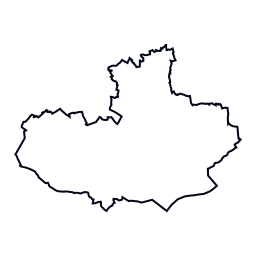 Nnewi South, Anambra, Nigeria
{"feature_id": "59680162B31350853830247", "entity_name": "Nnewi South", "entity_type": "district", "adm_level": 2, "iso_a3": "NGA", "parent_name": "Nigeria", "parent_adm1": "Anambra", "projection": "orthographic", "projection_center": [6.97, 5.966], "detail": "fine", "context": "isolated", "style": "outline", "palette": "ink", "viewbox_px": 256, "rotation_deg": 0, "n_neighbors": 0, "source": "geoboundaries", "source_scale": "gbopen_adm2", "svg_char_len": 5796}
<svg xmlns="http://www.w3.org/2000/svg" viewBox="0 0 256 256"><path d="M108.4,67.6L108.5,68.5L108.2,69.7L111.7,70.6L111.6,70.9L111.0,71.2L109.9,71.6L110.6,72.6L110.8,73.7L112.7,76.0L110.9,76.9L111.7,77.6L112.1,79.1L111.9,79.3L113.1,80.5L115.6,81.4L116.0,81.6L116.5,82.3L116.9,82.6L116.9,83.1L117.0,83.8L116.9,85.0L117.6,85.1L117.5,85.7L117.3,86.3L116.4,89.7L118.5,90.5L118.2,92.6L117.6,94.0L117.6,94.9L117.8,95.5L117.9,96.8L117.8,97.0L117.2,96.5L116.5,97.1L115.9,97.2L114.9,98.0L112.2,97.0L111.4,96.8L110.9,96.8L111.3,98.6L111.4,100.2L111.4,101.2L111.1,102.7L111.4,104.2L111.4,104.9L111.0,105.4L110.2,107.1L109.8,109.1L110.0,109.7L113.3,111.2L115.7,112.5L120.7,115.7L121.6,116.5L118.7,121.9L117.4,124.0L116.1,123.2L114.7,121.7L111.4,117.1L110.1,117.4L107.7,117.2L107.9,118.3L107.8,118.9L107.3,119.7L107.1,119.6L106.8,119.8L105.2,120.0L103.9,119.9L102.6,119.4L102.1,119.4L101.6,118.8L101.4,118.4L101.3,117.9L100.9,117.9L100.7,117.8L100.4,117.3L99.7,116.9L97.6,119.9L96.5,121.3L96.3,121.9L94.4,122.6L87.2,125.2L87.0,124.9L86.2,124.8L85.8,124.5L85.8,124.0L86.6,123.5L86.7,122.9L85.7,121.3L85.0,119.4L83.0,116.0L82.5,113.4L81.9,111.8L78.2,112.1L77.5,112.5L76.8,112.6L75.7,112.6L75.4,112.7L74.5,113.4L73.2,112.7L70.4,113.5L69.1,114.1L69.7,116.8L67.4,115.3L66.4,114.8L63.5,112.1L62.7,111.6L60.8,109.7L60.1,108.8L55.7,111.7L52.2,113.7L51.6,112.7L50.8,111.8L49.4,112.1L49.2,111.5L48.5,111.9L48.2,111.7L47.3,111.9L47.1,111.2L47.1,110.7L46.9,110.4L46.6,110.0L43.6,112.7L43.2,112.2L42.9,112.2L42.3,112.6L42.8,113.5L38.8,117.1L38.7,116.7L37.9,116.9L37.9,116.7L37.3,116.6L37.0,116.4L36.8,116.1L36.3,116.0L36.0,116.0L35.6,116.3L35.7,116.6L35.5,116.8L34.3,117.1L33.8,117.1L34.0,115.5L33.2,115.0L31.9,114.7L30.2,116.1L28.7,118.4L25.4,121.8L23.5,121.8L23.0,123.1L22.3,124.6L21.7,126.2L21.8,127.2L23.4,128.5L24.6,129.2L26.1,130.3L24.0,131.5L24.8,138.1L15.4,154.5L16.8,156.1L17.2,157.3L17.4,158.2L20.8,164.9L20.0,165.7L20.8,166.4L26.0,167.6L29.9,169.0L34.9,171.4L36.2,173.5L38.1,175.7L38.8,177.5L45.5,183.1L48.1,182.8L49.5,186.4L56.4,190.7L58.6,191.3L63.9,191.7L66.4,191.4L69.9,191.9L72.8,192.3L74.2,193.1L75.1,192.8L78.3,192.9L80.1,193.4L81.1,193.3L84.8,192.0L87.8,192.5L88.2,193.0L88.9,196.2L89.9,197.3L91.2,197.6L92.1,199.1L92.7,199.7L93.5,199.6L92.9,202.6L92.7,203.4L94.1,203.5L98.6,202.0L100.7,201.7L101.1,202.9L100.8,204.3L101.3,206.4L104.5,209.6L105.7,210.5L106.6,210.9L106.7,210.3L109.8,206.8L112.4,205.5L112.5,204.4L113.2,203.8L113.9,202.7L114.6,202.7L113.5,200.5L113.4,199.3L113.6,198.8L114.7,199.1L115.7,199.1L116.3,199.0L117.2,199.1L117.9,199.8L118.7,200.3L119.8,200.4L122.1,199.5L122.5,197.2L128.7,201.1L131.0,200.7L138.1,201.5L141.4,202.6L152.2,199.8L166.8,211.0L170.3,206.4L172.0,204.4L174.0,202.7L177.7,199.3L184.8,196.4L191.1,195.5L194.8,195.2L198.5,194.5L203.8,193.9L210.2,191.2L213.6,188.6L216.9,185.8L208.1,175.6L207.9,168.7L209.0,168.4L210.6,167.4L213.3,166.2L213.9,165.5L214.3,164.6L214.5,163.6L215.1,163.0L215.6,162.8L217.4,162.7L219.0,162.1L219.9,161.2L221.4,160.2L222.0,158.6L223.7,156.7L224.3,156.2L225.3,156.0L225.8,155.7L226.7,155.3L227.3,154.7L227.6,153.5L228.4,152.4L229.1,151.8L229.8,151.4L230.8,151.1L231.5,150.7L232.0,150.4L233.4,149.6L234.5,148.5L235.1,148.1L236.2,147.6L235.6,146.8L235.5,146.5L235.7,146.4L235.1,145.5L234.6,144.7L235.1,144.1L236.0,143.5L237.5,142.8L238.6,141.8L239.5,141.0L239.4,140.6L240.4,139.8L240.6,139.3L239.7,139.0L238.9,138.7L239.1,138.5L239.0,138.2L238.5,137.6L238.1,135.0L238.0,132.7L237.7,130.9L237.7,129.7L237.5,127.6L237.2,126.7L236.1,126.7L233.5,126.3L231.4,125.6L230.4,125.0L229.6,124.3L228.6,123.0L228.1,123.7L227.9,120.2L227.8,117.8L228.0,115.9L228.2,115.2L228.3,115.0L228.1,112.4L227.6,109.3L227.6,108.0L225.5,107.6L224.5,107.9L223.2,108.0L222.2,108.5L221.0,105.2L220.8,104.7L220.2,104.1L219.9,104.2L219.8,104.4L219.4,104.6L219.2,104.6L218.6,103.9L218.0,104.5L216.6,103.7L215.8,103.7L215.7,104.1L215.8,105.3L213.7,104.4L212.6,103.7L212.3,103.6L212.1,103.3L211.2,103.3L209.9,103.7L209.2,104.7L208.4,103.7L208.0,103.6L206.3,103.9L206.1,103.7L204.9,103.8L203.8,103.6L202.8,103.6L202.4,103.4L200.7,103.5L199.5,103.9L198.4,104.2L196.9,105.0L194.6,104.7L193.5,104.8L192.6,104.7L192.4,105.0L191.0,102.8L190.0,96.0L188.5,96.3L187.0,95.9L186.1,95.9L185.4,95.4L184.2,94.8L183.4,94.6L183.0,94.6L181.4,93.9L180.2,93.6L178.9,94.4L177.7,94.8L177.4,94.3L177.0,94.6L176.7,95.0L175.5,94.3L174.9,93.6L174.0,92.1L173.7,91.4L172.7,92.1L172.1,92.9L171.3,90.8L171.2,88.2L170.6,86.9L170.4,85.3L169.4,82.7L170.2,82.2L169.8,79.7L169.0,77.1L169.1,75.7L169.4,75.5L169.4,75.0L169.3,74.8L169.3,74.5L169.6,73.1L170.4,73.2L170.1,72.1L169.9,70.8L170.1,70.4L170.6,70.3L170.5,69.7L170.6,69.0L170.3,68.5L170.2,67.7L170.6,66.6L170.9,65.6L171.3,64.8L171.6,63.3L170.7,60.8L171.7,61.1L173.0,61.1L175.5,60.3L174.4,58.0L173.7,55.2L172.9,53.8L172.8,53.2L173.1,52.8L173.5,52.6L173.5,51.8L172.6,48.5L170.3,49.8L168.9,49.5L166.6,50.1L166.6,49.3L166.0,47.3L166.1,45.0L165.8,45.0L165.5,45.2L164.4,46.8L162.9,47.5L162.6,48.6L161.0,48.1L160.7,49.4L160.7,49.9L161.0,50.5L160.6,50.8L159.9,51.0L159.0,50.8L157.8,50.9L157.0,50.4L156.4,50.2L156.7,51.0L155.2,51.5L154.3,52.0L153.5,51.0L152.6,50.2L152.3,50.5L151.2,50.6L150.0,51.1L149.5,51.4L149.7,51.7L150.1,53.2L150.1,54.3L149.1,54.4L147.7,54.9L146.4,55.2L144.6,55.0L143.0,54.5L142.5,54.5L141.3,54.6L140.8,55.2L141.0,55.9L142.1,57.3L143.0,57.7L143.3,58.0L143.4,58.6L143.3,59.3L143.1,60.0L143.4,60.9L142.9,61.2L142.5,61.1L141.5,61.6L141.3,61.5L140.3,60.7L139.9,60.6L139.8,66.6L137.1,67.0L136.4,67.2L135.9,65.8L134.7,64.7L134.6,64.4L134.2,63.4L134.0,63.2L133.7,63.5L132.8,62.7L132.9,62.4L132.4,62.1L132.3,61.8L131.4,60.7L132.0,60.1L131.6,59.8L131.1,59.2L129.6,58.0L129.2,59.3L128.7,60.1L127.5,63.0L122.0,60.0L120.4,62.4L118.6,63.6L117.1,65.2L116.0,65.7L114.8,65.8L113.1,65.6L111.2,66.1L108.4,67.6Z" fill="none" stroke="#020617" stroke-width="2"/></svg>